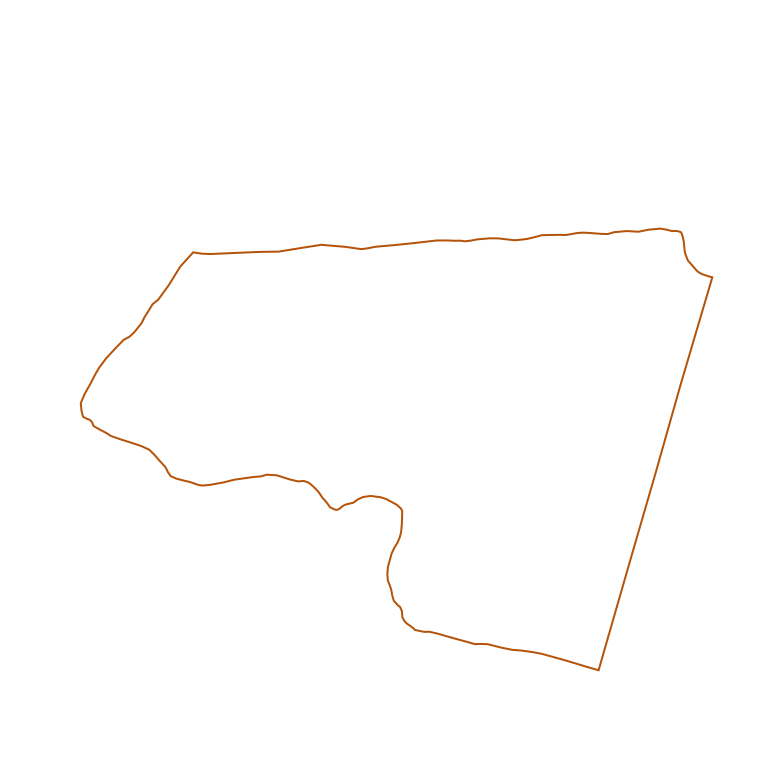 Woleu, Wouleu-Ntem, Gabon, rotated 196°
{"feature_id": "22940354B4497534497521", "entity_name": "Woleu", "entity_type": "district", "adm_level": 2, "iso_a3": "GAB", "parent_name": "Gabon", "parent_adm1": "Wouleu-Ntem", "projection": "orthographic", "projection_center": [11.911, 1.389], "detail": "fine", "context": "isolated", "style": "outline", "palette": "amber", "viewbox_px": 768, "rotation_deg": 196, "n_neighbors": 0, "source": "geoboundaries", "source_scale": "gbopen_adm2", "svg_char_len": 2403}
<svg xmlns="http://www.w3.org/2000/svg" viewBox="0 0 768 768"><g transform="rotate(196 384 384)"><path d="M98.8,168.0L98.8,187.2L98.7,282.6L98.4,373.4L98.7,465.9L97.8,577.0L102.5,577.0L108.7,577.3L113.5,578.5L118.4,581.6L125.8,586.4L128.9,590.3L131.4,594.1L133.3,599.0L134.9,603.0L136.7,606.6L139.2,610.6L140.8,611.9L144.6,611.8L149.4,610.4L155.1,610.2L161.0,609.6L171.9,605.4L181.2,600.6L192.8,597.9L204.6,593.4L210.1,589.9L216.0,588.3L226.8,586.1L233.9,584.5L239.4,582.6L244.8,580.0L250.2,577.4L257.3,575.5L264.2,573.4L273.4,570.5L278.1,567.6L286.2,563.0L292.3,560.4L298.0,558.2L305.6,556.9L314.2,555.5L322.2,553.3L333.8,548.9L340.4,545.6L345.8,543.4L349.9,542.9L355.0,541.3L361.7,539.7L372.6,536.6L395.6,527.1L412.5,520.3L430.2,513.5L437.4,509.8L442.9,507.4L458.9,505.2L482.7,500.5L502.9,491.1L521.8,482.2L539.0,477.0L558.3,470.6L573.8,465.4L586.3,461.2L589.9,460.3L594.8,459.1L602.3,458.1L603.7,458.0L612.1,441.0L615.0,430.8L618.1,419.8L621.6,410.3L624.2,403.0L628.5,396.8L630.4,389.7L632.6,382.5L633.7,376.1L636.8,368.5L638.4,364.8L641.7,359.3L646.4,354.7L651.7,344.9L658.0,332.4L662.2,321.5L664.2,313.8L666.4,302.8L669.1,291.5L670.2,282.0L667.4,274.9L664.3,269.6L661.0,268.8L657.0,268.5L654.1,266.8L651.5,263.5L644.0,261.7L637.5,260.4L632.5,258.8L622.8,258.2L611.1,257.9L600.9,257.5L591.8,256.2L585.9,253.1L578.6,248.4L571.1,243.8L567.2,239.5L563.5,236.6L557.7,235.8L549.1,236.0L544.3,236.3L539.2,236.1L535.3,235.8L530.6,236.3L523.2,239.2L517.2,242.2L511.3,245.1L501.8,250.6L492.9,254.6L483.9,258.6L477.0,261.2L471.7,264.5L461.8,266.7L448.5,266.3L439.7,266.7L434.4,268.7L429.8,268.5L426.7,267.4L422.7,265.4L417.0,262.1L412.1,257.9L405.9,253.9L401.9,250.6L396.4,249.7L394.2,250.2L392.2,252.0L390.2,255.2L387.4,257.7L380.8,261.4L377.4,265.8L373.0,269.6L366.0,272.7L356.4,274.2L350.1,274.0L342.3,272.3L338.4,271.4L333.3,268.9L331.5,266.9L330.0,261.4L328.4,255.0L326.7,246.4L326.6,241.1L327.3,235.2L328.9,229.7L329.9,223.5L329.9,216.8L329.8,209.3L328.4,202.1L326.0,195.9L323.2,192.4L320.2,188.0L318.0,183.4L314.9,178.4L309.9,175.2L307.1,174.1L304.0,170.3L303.3,168.2L302.1,165.0L299.1,161.8L296.2,160.1L291.6,158.5L288.1,157.2L286.7,156.1L277.0,156.8L272.5,158.3L264.6,158.8L259.5,158.8L246.2,158.8L233.4,159.0L225.0,159.0L218.6,161.0L212.3,162.5L199.0,162.9L187.6,163.8L179.3,165.5L167.6,167.2L158.2,168.1L133.6,168.3L111.3,168.0L98.8,168.0Z" fill="none" stroke="#b45309" stroke-width="2"/></g></svg>